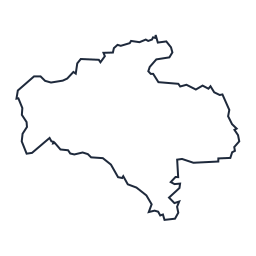 outline of Kochani, Kočani, North Macedonia, rotated 269°
{"feature_id": "65306769B7034673009325", "entity_name": "Kochani", "entity_type": "district", "adm_level": 2, "iso_a3": "MKD", "parent_name": "North Macedonia", "parent_adm1": "Kočani", "projection": "orthographic", "projection_center": [22.415, 41.994], "detail": "fine", "context": "isolated", "style": "outline", "palette": "slate", "viewbox_px": 256, "rotation_deg": 269, "n_neighbors": 0, "source": "geoboundaries", "source_scale": "gbopen_adm2", "svg_char_len": 1479}
<svg xmlns="http://www.w3.org/2000/svg" viewBox="0 0 256 256"><g transform="rotate(269 128 128)"><path d="M220.5,157.3L217.6,156.9L218.2,154.6L216.0,153.5L214.7,149.7L216.1,147.3L213.6,141.0L215.0,132.6L212.8,131.2L210.3,122.2L211.3,119.0L208.1,115.3L203.7,114.2L203.6,104.8L200.2,106.1L194.2,101.6L196.7,100.0L197.8,82.0L193.5,78.4L183.3,76.7L185.0,74.4L178.5,68.1L176.5,63.6L174.8,51.8L176.6,45.9L181.1,41.5L181.2,34.9L167.4,18.5L159.3,17.0L159.6,18.9L149.8,22.7L143.0,22.1L135.7,26.7L130.8,27.0L124.1,22.5L116.5,21.5L104.1,26.2L104.8,31.6L119.4,49.4L116.0,51.2L115.5,53.3L113.9,52.8L114.3,54.6L107.7,60.1L106.8,67.7L103.5,69.8L102.5,73.9L104.3,82.2L102.6,87.4L99.3,90.6L98.3,102.3L91.7,110.3L79.0,117.2L78.1,121.3L79.9,122.4L71.7,126.8L68.3,135.4L60.3,145.2L51.3,150.3L43.6,147.3L44.9,153.1L43.8,156.7L40.0,158.7L40.9,161.4L35.5,162.9L36.5,173.4L42.4,176.8L48.4,175.7L53.6,177.9L52.1,173.1L57.7,167.8L67.1,178.4L71.5,179.1L71.1,173.5L73.2,169.8L78.2,174.7L78.0,177.3L95.5,176.6L96.1,181.5L92.1,192.8L92.9,217.7L96.0,217.8L96.3,229.8L101.9,231.7L103.3,234.5L107.1,233.9L112.7,239.0L118.9,237.9L124.3,234.4L125.5,236.6L130.0,232.1L138.0,228.3L144.3,229.6L159.9,223.0L159.4,220.3L162.2,214.8L168.3,211.2L165.9,209.1L169.1,203.3L165.3,196.5L170.2,187.2L168.6,180.9L171.3,179.1L173.3,159.2L181.7,154.1L181.7,151.7L184.4,149.3L188.7,150.8L196.1,157.5L197.9,170.6L202.8,173.7L207.9,172.4L213.9,167.8L212.9,159.3L220.5,157.3Z" fill="none" stroke="#1e293b" stroke-width="2"/></g></svg>